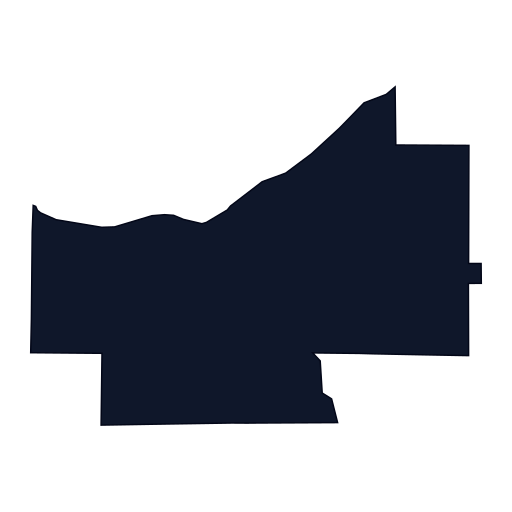 Cuyahoga, Ohio, United States of America (Natural Earth projection)
{"feature_id": "52423323B65833811425835", "entity_name": "Cuyahoga", "entity_type": "district", "adm_level": 2, "iso_a3": "USA", "parent_name": "United States of America", "parent_adm1": "Ohio", "projection": "natural_earth1", "projection_center": [-81.685, 41.453], "detail": "fine", "context": "isolated", "style": "filled", "palette": "ink", "viewbox_px": 512, "rotation_deg": 0, "n_neighbors": 0, "source": "geoboundaries", "source_scale": "gbopen_adm2", "svg_char_len": 806}
<svg xmlns="http://www.w3.org/2000/svg" viewBox="0 0 512 512"><path d="M247.0,423.1L257.9,423.0L318.4,422.7L337.6,422.6L331.6,398.9L322.2,393.0L320.2,360.9L312.7,352.9L359.2,353.4L373.4,353.8L424.3,354.8L468.6,355.6L468.4,283.4L481.3,283.3L481.1,263.5L468.6,263.5L468.9,145.4L395.8,145.0L395.6,127.8L395.1,86.9L386.2,94.4L364.1,102.8L348.9,118.5L339.2,128.4L311.3,154.0L285.7,173.1L273.5,177.6L262.2,181.7L230.5,206.0L227.9,209.2L227.4,209.9L206.4,222.4L201.9,223.7L183.9,219.5L183.7,219.5L173.6,215.3L164.6,214.7L164.4,214.7L152.0,215.7L132.7,221.5L116.6,226.3L114.7,226.9L101.7,227.3L56.1,219.7L40.5,212.8L37.4,210.3L35.7,206.4L33.2,205.4L32.2,232.4L31.4,319.1L30.7,352.7L102.0,353.3L101.1,425.1L130.5,424.6L154.1,424.2L231.8,423.0L247.0,423.1Z" fill="#0f172a" stroke="#020617" stroke-width="1.5"/></svg>